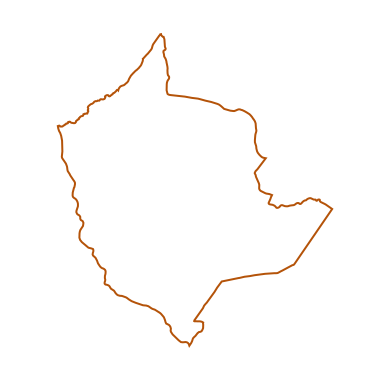 Chemba, Sofala, Mozambique (Albers equal-area conic projection), rotated 187°
{"feature_id": "85939544B96550484342715", "entity_name": "Chemba", "entity_type": "district", "adm_level": 2, "iso_a3": "MOZ", "parent_name": "Mozambique", "parent_adm1": "Sofala", "projection": "albers", "projection_center": [34.641, -17.226], "detail": "fine", "context": "isolated", "style": "outline", "palette": "amber", "viewbox_px": 384, "rotation_deg": 187, "n_neighbors": 0, "source": "geoboundaries", "source_scale": "gbopen_adm2", "svg_char_len": 6018}
<svg xmlns="http://www.w3.org/2000/svg" viewBox="0 0 384 384"><g transform="rotate(187 192 192)"><path d="M333.2,241.1L332.5,238.8L332.0,237.7L331.4,236.4L330.0,234.5L328.7,231.8L327.2,227.1L325.6,216.4L325.5,211.0L324.9,209.7L320.6,204.8L319.4,202.5L319.0,201.5L318.3,198.7L317.8,197.5L315.7,195.0L314.8,193.6L311.1,189.3L310.4,188.6L309.6,187.5L309.3,186.9L309.1,185.6L309.2,183.7L309.4,182.2L309.7,181.7L310.3,176.9L310.1,174.1L309.7,172.9L309.3,172.4L308.3,171.7L306.8,171.0L305.6,169.9L304.6,168.5L303.9,166.9L303.6,165.2L303.5,163.8L304.3,159.8L304.4,158.8L304.3,157.8L303.9,157.1L303.4,156.3L302.6,155.7L301.1,155.1L300.3,154.3L299.9,153.7L299.7,152.1L299.4,151.3L298.8,150.6L297.0,149.8L296.3,148.7L296.0,148.1L296.0,146.1L296.1,144.9L298.1,140.9L298.5,139.2L298.6,137.3L298.2,132.9L297.2,130.8L295.2,128.8L288.0,124.1L284.9,123.7L283.3,123.3L282.8,122.3L282.7,121.0L283.0,119.2L283.0,117.8L282.4,116.8L279.8,115.0L277.9,112.3L276.6,109.7L274.1,106.8L272.9,105.9L271.8,105.4L270.7,105.2L269.6,104.7L268.7,104.0L268.2,103.1L268.0,102.2L267.9,100.2L268.2,98.1L268.1,97.2L268.0,96.0L267.4,94.4L267.4,93.1L267.7,91.8L267.6,90.6L267.3,90.1L266.6,89.6L265.7,89.6L264.1,89.3L263.1,88.9L262.5,88.5L261.2,86.8L260.6,86.1L257.5,84.6L256.9,84.0L255.6,82.4L254.7,81.6L253.6,80.8L252.8,80.5L250.9,80.2L249.2,80.3L248.3,80.2L244.8,79.4L243.8,79.0L241.4,77.6L238.6,76.3L234.5,75.2L226.8,73.6L223.6,73.7L221.3,73.3L217.9,71.5L216.7,71.1L214.6,70.7L209.1,68.1L207.9,67.3L205.6,65.2L204.6,64.2L203.2,61.6L202.4,59.6L201.6,58.3L198.8,57.3L197.9,56.6L197.0,55.5L196.3,53.8L196.3,51.8L195.9,50.7L193.9,48.3L187.2,43.2L184.7,41.7L182.8,41.7L180.1,42.3L178.8,42.2L177.7,41.7L176.8,40.9L175.9,39.1L174.4,42.0L173.7,44.1L173.3,46.4L173.1,47.0L172.1,48.4L171.1,49.5L169.2,52.7L168.9,52.9L168.1,53.8L167.0,54.1L165.6,54.9L164.8,56.7L164.4,58.3L164.7,61.6L165.1,63.3L165.0,63.8L166.4,64.4L168.0,64.6L173.9,64.0L174.1,64.1L174.0,64.9L167.0,77.9L166.1,80.7L164.6,83.0L163.9,83.9L163.2,85.2L157.5,95.5L155.4,100.1L151.6,106.8L135.5,112.2L134.4,112.5L129.5,114.3L124.3,115.6L119.9,117.0L109.5,119.7L100.6,121.4L97.8,121.8L97.0,122.1L95.7,123.0L94.7,123.7L94.5,123.9L92.8,125.0L83.6,131.5L82.2,132.1L81.5,133.1L50.8,192.2L57.8,195.9L59.3,196.5L59.7,196.6L61.4,197.2L63.1,197.8L63.8,198.3L64.1,198.9L64.1,199.6L64.5,200.0L65.3,200.0L65.9,199.8L66.9,198.6L67.4,198.5L67.8,198.7L68.3,199.4L68.6,199.5L69.9,199.3L70.6,199.4L73.3,200.3L74.1,200.3L75.0,200.0L75.8,199.6L76.7,199.0L77.8,197.7L79.1,197.3L80.1,196.6L81.1,195.5L81.8,194.4L82.7,193.4L83.6,193.3L84.1,193.5L84.7,194.0L85.6,194.0L86.5,193.7L87.2,193.2L88.4,192.0L89.3,191.4L92.2,190.7L93.5,190.3L95.2,189.5L96.6,189.3L98.2,189.3L100.6,189.9L101.6,189.8L102.3,189.4L102.8,188.8L103.3,187.9L103.7,187.5L104.6,186.9L105.1,186.7L105.8,186.6L106.3,186.7L107.6,187.9L108.5,188.5L109.5,188.8L110.3,189.1L113.0,189.2L113.8,189.4L114.3,189.7L114.6,190.3L114.6,190.5L113.3,194.8L113.0,196.4L112.2,198.7L115.1,199.4L117.9,199.5L119.0,199.7L123.2,201.2L124.0,201.5L124.9,202.2L125.6,203.2L125.8,204.0L126.1,207.3L126.7,208.8L130.4,215.0L130.9,216.6L132.0,218.2L132.0,218.9L131.4,220.5L129.8,222.6L122.9,234.5L125.5,234.7L126.8,235.1L127.9,235.8L129.7,237.2L129.9,237.4L131.5,239.0L132.4,240.4L133.4,243.0L133.9,245.3L135.6,249.0L135.9,251.2L136.1,256.3L136.0,257.5L135.6,259.7L135.6,260.9L136.3,263.2L137.2,267.8L138.1,269.7L139.1,271.0L139.9,271.9L140.1,272.0L141.5,273.7L142.4,274.5L142.5,274.7L144.4,276.2L147.1,277.5L149.7,278.6L152.1,279.4L153.1,279.5L154.2,279.8L155.5,279.8L156.7,279.3L158.9,278.0L160.0,277.5L160.9,277.4L163.9,277.4L170.2,278.4L170.7,278.7L170.9,278.9L173.5,280.7L175.5,281.9L177.3,282.5L183.9,283.7L189.8,284.3L194.4,285.0L197.4,285.4L203.6,285.4L210.7,285.8L225.3,285.6L226.6,285.7L227.8,286.1L228.2,286.4L228.6,287.3L229.6,289.9L230.2,296.0L230.2,297.5L229.9,299.1L229.6,299.9L228.9,301.2L228.7,301.6L228.6,302.6L228.7,303.3L228.9,303.8L230.1,305.0L230.7,306.8L231.2,309.8L231.3,311.8L231.7,313.5L233.2,317.9L233.3,318.5L234.1,320.3L234.7,321.4L235.1,321.8L236.1,323.1L236.6,325.2L237.5,327.5L237.4,328.6L237.1,328.8L236.7,329.4L235.9,329.9L235.6,330.8L235.7,331.3L236.3,332.3L236.6,333.0L238.0,340.2L239.1,342.5L239.7,342.4L240.9,343.2L241.8,344.2L242.0,344.9L242.8,344.6L243.1,343.7L243.5,343.3L248.4,334.2L248.9,332.8L249.4,329.5L250.0,328.2L252.8,323.8L253.6,322.9L256.6,318.6L257.0,318.2L256.8,317.7L256.9,315.8L257.9,312.0L258.5,310.8L259.4,309.5L259.6,309.0L261.8,306.3L262.0,306.2L263.3,304.8L264.0,303.8L264.2,303.5L264.4,303.4L266.8,300.0L268.2,296.7L268.9,294.1L269.9,292.6L270.9,291.6L271.9,290.4L272.7,289.7L274.7,288.8L275.8,288.1L276.4,287.3L277.1,286.1L277.4,285.1L277.6,283.9L277.9,284.2L278.8,284.2L279.1,283.9L279.7,282.8L280.8,281.5L281.1,281.0L281.9,280.7L282.3,280.4L282.7,279.4L283.1,279.3L283.7,278.4L284.7,277.8L284.8,277.3L285.1,277.1L285.5,276.9L286.3,277.0L287.2,277.9L287.5,277.9L288.1,277.8L288.8,277.5L289.9,276.5L290.0,276.2L289.6,275.6L289.6,275.3L289.8,275.0L289.9,274.2L290.4,273.6L291.4,273.1L292.1,273.0L293.1,273.0L294.0,272.9L294.4,272.6L295.0,271.5L295.3,271.3L296.4,271.3L296.7,271.3L297.3,270.7L297.8,270.5L298.9,270.4L300.0,269.7L300.6,268.6L301.7,267.5L303.0,266.9L304.1,265.9L305.5,264.2L305.7,263.2L305.1,262.1L305.1,261.7L305.4,260.9L305.4,260.5L304.8,259.7L304.9,259.4L304.9,258.9L305.2,258.6L305.4,258.1L305.4,257.2L305.6,257.0L306.3,257.1L307.1,256.7L307.8,256.7L308.2,256.2L308.8,256.2L309.3,255.9L309.4,254.8L309.5,254.4L310.2,254.0L311.1,253.8L312.2,252.9L312.3,252.4L313.1,251.7L313.2,250.5L313.4,250.3L314.2,250.1L314.3,250.0L314.2,249.8L314.6,249.3L315.6,248.4L315.8,248.1L315.8,247.1L316.5,246.2L317.5,245.9L319.8,246.0L320.2,246.0L321.4,246.6L321.5,246.8L321.9,246.9L322.5,246.5L323.3,246.5L323.4,246.4L323.5,246.2L323.4,245.7L323.6,245.2L323.9,244.9L325.0,244.7L325.3,244.5L325.5,243.9L325.7,243.7L326.3,243.5L326.6,243.2L326.7,242.8L327.6,242.3L328.5,241.3L329.2,241.1L329.7,241.0L330.1,241.1L330.8,240.9L331.2,241.4L331.8,241.7L332.1,241.6L333.2,241.1Z" fill="none" stroke="#b45309" stroke-width="2"/></g></svg>